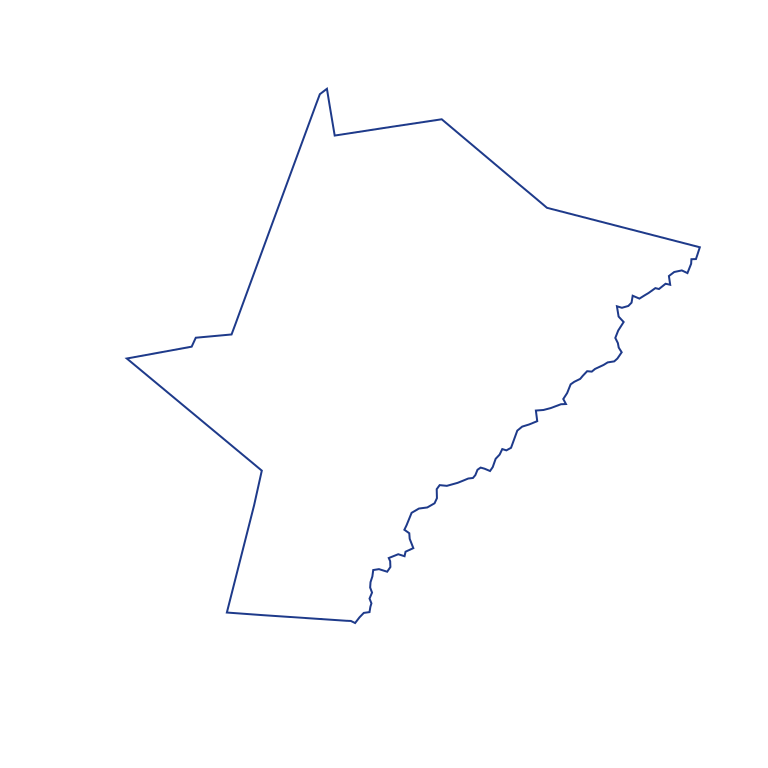 Capitão Gervásio Oliveira, Piauí, Brazil, rotated 290°
{"feature_id": "56859067B49513050912256", "entity_name": "Capitão Gervásio Oliveira", "entity_type": "district", "adm_level": 2, "iso_a3": "BRA", "parent_name": "Brazil", "parent_adm1": "Piauí", "projection": "orthographic", "projection_center": [-41.924, -8.53], "detail": "fine", "context": "isolated", "style": "outline", "palette": "blue", "viewbox_px": 768, "rotation_deg": 290, "n_neighbors": 0, "source": "geoboundaries", "source_scale": "gbopen_adm2", "svg_char_len": 1666}
<svg xmlns="http://www.w3.org/2000/svg" viewBox="0 0 768 768"><g transform="rotate(290 384 384)"><path d="M353.3,190.5L320.0,133.6L313.8,150.9L287.5,224.3L260.8,298.8L225.7,303.4L115.5,314.5L125.2,348.7L148.6,429.5L150.0,433.9L149.5,438.6L156.4,440.8L162.0,443.3L164.7,448.4L170.0,447.4L173.6,447.2L177.4,443.8L183.9,444.1L188.0,440.6L193.2,439.1L199.2,438.9L205.5,437.5L208.3,442.6L208.7,451.2L214.2,452.6L219.6,450.4L222.1,448.0L228.9,455.6L229.2,462.2L233.8,461.6L239.8,467.7L247.3,461.1L252.4,458.8L254.0,453.0L258.9,453.5L272.4,454.0L278.9,459.4L282.8,466.9L289.2,472.3L294.8,472.8L303.2,469.5L308.0,470.9L309.8,477.9L316.3,487.0L320.6,491.8L324.0,495.5L326.1,499.7L329.6,501.0L335.4,501.2L338.5,503.4L338.8,507.4L338.5,513.4L343.1,514.6L351.9,514.5L357.2,516.8L363.3,517.4L363.5,521.7L367.5,525.2L385.8,525.2L391.2,528.4L395.6,534.2L401.5,540.7L411.0,535.8L414.1,542.7L418.4,548.9L425.5,557.2L427.4,561.8L431.2,557.6L438.1,559.2L447.5,559.5L451.1,562.0L455.9,566.6L459.7,568.0L465.5,570.5L466.7,575.0L470.4,577.2L477.0,583.8L480.8,586.8L484.0,592.6L487.7,594.6L495.1,596.5L498.5,592.1L502.4,589.8L506.4,585.6L514.4,585.8L524.2,588.0L527.6,581.4L536.7,576.3L537.0,581.5L540.9,586.9L545.1,588.8L552.0,587.5L551.6,594.8L556.6,598.7L559.9,601.4L566.9,606.2L567.3,609.9L574.5,614.3L575.1,619.0L582.9,614.8L588.5,618.4L592.6,625.0L592.0,631.2L602.0,631.5L606.4,630.2L608.1,634.4L612.2,634.3L620.5,634.0L605.3,476.9L611.4,460.3L617.7,442.8L652.5,347.7L627.6,301.9L600.6,252.7L628.5,236.9L641.9,229.4L634.4,224.6L624.5,224.5L492.9,224.1L398.3,223.9L394.6,223.9L390.2,223.9L378.4,223.8L363.1,191.3L353.3,190.5Z" fill="none" stroke="#1e3a8a" stroke-width="2"/></g></svg>